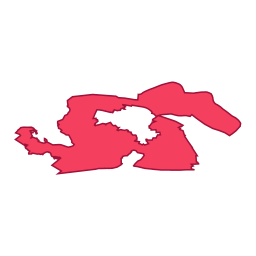 the district of Salaspils pag., Salaspils, Latvia, rotated 180°
{"feature_id": "27541924B60067262699330", "entity_name": "Salaspils pag.", "entity_type": "district", "adm_level": 2, "iso_a3": "LVA", "parent_name": "Latvia", "parent_adm1": "Salaspils", "projection": "natural_earth1", "projection_center": [24.381, 56.873], "detail": "fine", "context": "isolated", "style": "filled", "palette": "rose", "viewbox_px": 256, "rotation_deg": 180, "n_neighbors": 0, "source": "geoboundaries", "source_scale": "gbopen_adm2", "svg_char_len": 5845}
<svg xmlns="http://www.w3.org/2000/svg" viewBox="0 0 256 256"><g transform="rotate(180 128 128)"><path d="M188.3,152.4L188.1,151.2L187.9,150.9L188.7,150.0L188.5,149.4L187.5,148.7L186.8,148.1L186.1,146.8L186.1,146.1L186.3,144.9L188.0,142.9L188.5,141.6L191.1,140.5L193.3,136.5L198.3,134.6L198.4,132.7L197.5,131.8L197.0,131.5L197.2,131.2L198.2,131.1L198.2,130.8L198.0,129.8L197.4,128.2L197.4,127.6L195.7,127.0L194.2,125.7L195.4,124.6L195.3,124.3L194.5,123.7L191.6,122.4L189.9,121.1L187.2,120.9L184.2,115.3L184.2,113.5L181.8,111.6L182.7,110.3L185.2,109.3L187.1,109.0L187.6,108.7L193.9,110.9L195.5,111.3L196.9,111.4L203.3,111.1L207.7,113.4L209.4,113.8L208.9,114.5L209.2,116.0L210.7,117.2L211.5,117.5L211.5,115.2L211.0,115.0L210.6,114.5L210.6,113.4L210.8,113.1L212.5,112.9L214.0,113.2L217.7,114.5L217.1,115.5L217.4,115.8L218.7,116.4L218.4,116.7L219.2,117.9L220.0,117.7L221.2,118.0L222.9,118.8L223.8,118.6L224.5,118.2L225.0,118.1L224.8,118.5L224.0,119.7L223.8,120.1L223.9,120.5L224.6,121.6L224.9,123.0L222.9,123.4L223.1,123.8L223.9,123.6L225.1,123.6L225.8,124.8L225.1,124.7L225.3,125.2L223.3,125.7L223.2,125.5L222.0,125.0L220.5,124.1L219.8,122.1L218.9,122.5L219.5,124.4L220.0,124.7L220.0,124.9L220.1,125.0L221.0,125.0L221.8,125.2L221.5,125.6L221.6,125.8L221.5,126.0L220.7,126.0L222.3,126.9L222.5,127.3L222.2,127.6L223.7,128.5L225.5,128.6L225.4,128.8L228.1,128.7L232.5,128.8L235.2,128.4L237.2,126.4L237.6,126.4L237.8,126.2L238.3,125.3L240.4,123.1L236.3,121.6L235.5,120.4L240.6,116.5L231.8,110.9L231.4,111.2L231.1,111.8L228.9,111.0L230.5,110.4L230.7,110.2L229.3,110.0L229.5,109.6L230.2,109.5L230.5,109.3L230.7,108.7L230.4,107.9L229.8,107.3L228.7,106.8L228.1,106.2L228.1,105.9L226.3,104.8L227.4,102.9L227.2,102.0L224.4,102.1L224.4,102.6L223.5,102.8L220.9,102.4L218.7,101.9L216.9,102.1L215.8,101.6L214.2,101.9L213.4,101.4L213.0,101.5L213.0,102.2L210.0,103.9L209.0,104.0L208.1,104.3L208.0,104.2L207.9,103.9L207.0,103.5L206.6,103.7L205.2,102.5L205.1,102.3L205.1,101.6L204.8,100.7L204.3,99.9L203.9,99.5L202.9,99.3L200.7,99.4L200.5,99.0L199.5,99.0L199.1,99.2L198.4,98.5L197.8,98.8L197.4,98.4L198.9,97.6L202.1,98.0L201.7,97.2L201.1,97.6L200.5,97.6L198.2,97.1L197.9,97.9L196.4,98.8L195.4,97.9L196.6,96.9L198.8,95.0L204.1,90.7L194.6,85.0L198.0,82.3L160.5,86.8L157.4,87.5L152.6,87.5L151.7,87.8L151.2,87.5L148.8,87.7L148.0,87.6L144.6,87.7L143.5,87.8L139.2,88.8L138.3,89.2L134.8,91.3L134.2,91.9L133.9,92.4L134.8,92.7L134.7,93.0L134.9,97.6L133.6,98.2L133.5,99.6L131.1,100.2L128.7,100.3L128.2,100.6L127.9,101.2L127.0,102.0L126.3,102.3L124.6,104.1L124.9,104.5L124.6,105.0L122.4,105.9L120.0,105.3L118.5,103.4L112.5,102.2L112.6,101.9L111.8,100.6L114.2,97.4L115.4,96.2L118.2,94.9L120.8,92.3L122.4,90.2L122.1,89.9L118.5,89.4L111.0,87.6L103.6,86.9L103.4,86.8L102.6,86.7L96.5,86.2L94.9,86.0L86.8,86.0L84.9,85.9L75.6,85.9L70.1,86.2L61.5,86.2L64.5,87.1L64.7,87.6L64.7,89.3L62.8,90.0L63.8,90.8L64.7,91.7L60.5,91.9L57.4,92.1L57.4,92.3L57.6,92.4L58.4,93.8L59.6,94.0L60.1,100.2L58.7,100.2L63.8,108.1L63.6,108.4L67.6,114.0L71.2,119.5L71.4,119.9L70.8,120.6L71.8,121.3L72.3,123.2L73.0,125.3L76.2,126.5L75.5,127.6L77.4,128.5L75.2,129.7L74.6,129.4L73.0,130.7L79.4,134.1L81.4,135.0L95.0,139.6L97.7,140.4L96.2,140.9L95.2,141.2L90.1,141.7L84.5,142.1L84.3,142.0L84.3,141.9L81.6,141.2L78.4,140.4L75.3,140.2L72.1,140.4L69.6,140.4L65.9,139.6L64.2,141.4L59.5,137.7L51.4,131.9L43.4,127.6L37.1,125.6L31.1,123.3L26.5,120.4L23.8,122.2L20.0,125.2L15.8,129.8L15.8,130.8L15.5,131.6L15.4,132.7L16.2,134.0L17.5,135.7L19.2,137.2L20.5,138.2L23.9,140.0L29.5,144.4L33.3,147.1L35.1,148.8L37.4,150.4L38.6,151.2L39.8,151.7L40.9,152.5L41.7,153.3L42.6,154.9L43.1,157.0L43.3,158.7L43.9,160.4L44.8,162.1L47.0,163.2L49.0,163.9L49.9,164.0L54.5,163.9L60.9,163.1L62.2,162.8L71.4,163.3L72.1,165.0L73.7,168.7L74.5,169.9L75.8,171.2L76.9,171.9L80.2,173.2L82.6,173.7L84.1,173.7L86.5,173.3L93.2,171.5L94.8,171.0L103.6,167.5L106.2,166.6L111.2,164.4L113.2,163.3L113.8,162.7L115.0,161.9L117.3,161.5L117.7,161.6L118.2,156.1L121.5,156.3L131.3,157.9L137.5,158.3L140.1,159.8L163.3,161.5L183.5,159.3L188.6,155.4L188.3,152.4ZM104.0,133.2L106.3,130.1L106.8,130.2L107.0,129.5L106.7,128.3L106.8,128.1L105.4,127.4L104.7,126.5L104.8,126.0L100.1,126.2L99.7,124.1L99.8,123.5L96.2,123.7L95.6,121.2L98.4,121.1L100.0,118.0L102.9,118.1L103.9,115.9L108.0,115.9L108.5,116.1L108.9,116.6L109.2,116.8L110.0,116.6L109.8,116.1L109.9,115.7L109.7,115.0L109.4,114.9L107.5,112.3L111.4,111.0L112.6,112.0L113.9,111.1L115.7,112.1L117.2,112.5L116.6,114.3L120.1,114.8L120.1,114.7L121.3,115.0L121.1,115.4L120.2,115.3L119.6,116.7L119.1,116.5L119.0,118.1L119.4,118.9L119.9,120.6L120.3,120.9L123.2,120.9L124.9,122.8L125.0,123.0L124.8,123.7L128.1,124.4L127.6,125.2L127.8,125.4L127.9,125.2L129.1,126.2L131.5,125.6L135.4,126.4L137.1,125.9L137.6,125.4L138.9,126.0L136.9,128.4L138.3,128.3L140.4,130.4L140.7,130.6L142.1,130.3L143.5,130.8L145.5,133.6L149.5,132.2L149.9,131.9L150.2,131.1L150.6,130.8L150.1,131.9L150.2,132.0L153.3,132.5L157.5,131.1L158.6,131.0L160.8,130.3L161.4,130.9L160.9,131.4L160.8,131.9L161.1,132.1L160.0,133.2L158.7,134.2L158.6,134.5L158.1,134.7L158.5,136.3L159.8,136.2L159.9,137.7L162.9,137.5L161.0,142.1L159.1,146.2L156.9,146.1L153.7,145.6L145.5,143.6L145.3,143.8L143.3,143.3L143.0,143.9L142.9,143.9L142.6,144.3L142.9,144.4L142.5,145.2L142.2,145.2L141.7,146.2L138.8,145.3L138.2,145.5L135.6,145.7L135.3,147.0L133.3,147.8L132.2,146.9L131.1,146.9L131.9,147.8L131.9,148.5L130.6,149.2L133.1,151.0L133.1,151.3L131.4,151.1L131.5,150.7L130.7,150.6L130.6,151.0L124.5,149.9L124.0,150.8L112.7,149.0L111.0,148.5L109.7,148.1L107.9,147.2L106.8,146.5L104.8,144.9L104.7,144.5L103.9,143.8L104.2,142.7L103.8,142.6L103.6,142.6L101.8,141.8L101.3,141.3L100.6,140.4L100.1,140.0L99.6,139.8L99.0,139.9L98.5,140.1L98.4,140.1L101.0,138.0L103.3,136.6L102.9,135.6L103.4,135.1L100.6,134.6L102.0,133.9L104.0,133.2Z" fill="#f43f5e" stroke="#9f1239" stroke-width="1.5"/></g></svg>